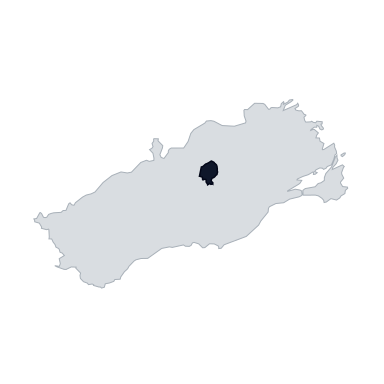 Aksaray on a map of Turkey (Natural Earth projection), rotated 157°
{"feature_id": "TUR-3021", "entity_name": "Aksaray", "entity_type": "Province", "adm_level": 1, "iso_a3": "TUR", "parent_name": "Turkey", "parent_adm1": "", "projection": "natural_earth1", "projection_center": [33.872, 38.466], "detail": "fine", "context": "in_parent", "style": "filled", "palette": "ink", "viewbox_px": 384, "rotation_deg": 157, "n_neighbors": 0, "source": "natural_earth", "source_scale": "10m", "svg_char_len": 4421}
<svg xmlns="http://www.w3.org/2000/svg" viewBox="0 0 384 384"><g transform="rotate(157 192 192)"><path d="M292.2,139.8L297.3,141.6L298.9,140.3L303.5,140.5L307.7,141.4L309.9,138.6L312.8,138.9L313.4,140.3L314.8,140.9L319.2,144.5L318.7,145.0L319.8,146.3L323.5,147.2L323.9,149.0L326.9,151.8L328.5,156.0L327.7,159.0L326.2,160.9L328.7,167.3L328.0,168.1L332.5,170.2L338.2,169.9L340.0,170.8L345.6,175.9L347.1,177.8L343.2,175.4L341.2,177.5L340.3,182.5L334.3,183.4L335.4,186.6L337.0,188.1L336.6,191.2L337.1,192.4L338.8,194.4L338.6,197.2L339.4,200.1L339.5,203.6L342.0,204.7L341.0,206.3L338.4,213.4L338.6,213.9L340.5,214.1L344.8,217.4L344.1,218.5L344.7,223.0L348.4,226.0L347.9,227.5L348.1,229.0L345.4,228.3L340.2,232.4L339.6,232.3L338.9,230.9L338.6,226.8L337.3,225.8L335.6,225.5L332.7,227.4L330.1,227.3L327.5,226.9L320.4,224.4L317.9,225.3L315.2,224.3L310.1,229.3L308.5,229.7L307.7,227.2L305.8,225.9L303.5,227.7L294.6,230.1L290.5,230.5L285.5,229.7L281.3,229.9L270.1,235.5L259.2,238.4L249.5,238.2L244.1,234.8L240.0,233.9L227.6,239.2L221.5,239.0L219.4,236.9L214.8,236.0L213.8,238.0L212.8,243.0L214.5,247.6L211.9,247.9L210.2,248.9L209.8,252.3L207.4,253.7L206.6,255.8L206.1,255.9L202.2,254.1L203.3,252.4L200.8,246.1L202.0,244.1L207.0,238.9L206.9,235.9L204.7,233.8L198.3,237.6L197.8,239.0L196.3,240.2L193.9,240.6L182.5,235.7L175.9,240.0L170.2,246.4L165.9,248.7L153.3,250.4L151.0,251.7L146.7,250.3L144.2,248.6L138.3,241.4L127.3,236.0L115.7,234.7L114.6,236.1L114.2,241.6L112.3,246.9L111.3,247.4L108.7,246.1L99.7,249.2L92.1,245.8L90.8,244.3L89.2,238.2L88.0,237.8L86.8,238.6L85.5,238.6L80.1,235.9L77.1,235.8L75.3,238.4L72.4,239.4L72.3,238.7L73.5,237.0L68.8,237.3L66.4,238.6L63.1,237.8L63.3,237.1L66.0,236.3L72.2,235.4L76.2,231.3L61.5,231.5L60.0,232.4L59.9,230.3L60.7,229.3L64.6,228.6L64.4,226.8L62.0,225.0L59.5,224.0L58.4,219.6L57.1,218.5L57.3,217.9L59.7,217.1L60.3,213.9L60.0,211.9L55.3,210.2L54.2,210.4L53.1,208.7L51.1,207.4L49.4,208.4L44.7,205.8L45.6,203.9L46.8,204.0L47.0,202.5L46.2,200.0L46.3,198.7L47.3,198.4L48.5,198.6L49.7,200.1L49.7,202.9L51.0,204.6L51.9,202.9L54.1,203.9L58.0,203.0L58.7,202.3L55.9,202.3L54.9,201.7L52.6,197.0L55.0,195.6L56.8,193.4L53.6,191.9L54.3,188.7L51.6,185.1L55.4,180.5L55.3,179.9L54.1,179.6L42.4,181.5L42.3,179.5L43.2,177.7L43.2,173.3L43.8,170.9L46.0,170.2L48.7,166.7L53.1,162.5L57.5,162.6L59.3,161.5L62.0,161.4L62.7,163.0L65.0,164.2L69.1,164.0L71.1,162.9L69.2,160.9L71.6,160.2L73.4,160.7L72.4,162.9L72.9,163.2L78.2,162.5L83.8,163.0L89.9,162.8L90.7,162.1L86.4,159.8L89.2,157.9L90.7,157.5L103.6,155.7L103.7,155.2L95.8,154.2L91.8,151.6L90.7,150.2L91.6,146.7L92.5,145.9L95.3,145.7L104.9,147.3L111.8,146.3L119.3,148.6L126.5,148.2L128.0,147.1L129.8,143.8L140.0,138.4L143.6,135.5L159.4,129.9L183.0,130.9L187.1,128.8L189.5,129.5L188.9,130.9L189.0,132.2L191.8,135.5L196.1,137.5L201.9,135.8L204.0,136.5L206.1,141.7L209.8,144.8L211.5,145.0L213.7,143.2L215.8,143.0L219.3,144.7L220.5,146.6L231.8,148.7L234.2,150.3L241.9,151.9L258.7,148.2L264.9,150.7L270.1,151.5L272.3,151.1L279.1,148.2L281.2,146.5L285.4,145.0L290.7,141.7L292.2,139.8ZM74.5,130.7L74.0,133.0L74.9,135.5L77.2,139.1L79.6,140.9L91.0,145.7L89.3,150.2L86.4,150.9L76.6,148.7L72.6,150.5L69.7,150.1L65.7,150.9L64.5,153.6L61.6,156.7L53.7,160.6L46.3,168.2L44.2,169.2L45.2,166.6L45.2,164.3L48.4,161.6L52.8,159.6L54.1,157.9L42.9,158.2L41.9,155.9L43.0,155.4L46.8,151.3L47.2,149.6L46.9,145.5L51.4,143.1L51.8,142.2L51.2,138.1L47.0,135.8L47.2,134.6L50.2,133.6L51.9,130.8L56.3,130.2L58.3,128.8L62.1,128.1L66.7,131.6L72.3,130.3L74.5,130.7ZM40.4,167.9L36.7,168.5L35.6,167.9L36.8,166.7L39.7,165.8L40.6,167.1L40.4,167.9Z" fill="#d9dde1" stroke="#a8b0b8" stroke-width="1"/><path d="M167.9,196.9L168.5,196.6L169.8,195.3L169.9,194.1L169.2,192.4L169.8,191.1L170.0,191.4L170.7,191.5L171.0,191.5L171.7,191.7L171.9,192.6L172.6,193.1L173.4,192.6L173.7,192.5L174.4,192.7L174.8,192.6L174.6,193.4L175.1,195.2L174.9,196.2L174.3,197.2L174.5,198.2L175.3,198.7L176.1,198.9L176.8,198.8L177.2,198.9L177.3,199.8L176.8,200.8L176.8,201.8L177.1,202.1L177.8,202.6L178.3,203.2L179.0,203.6L173.6,211.4L172.3,211.2L171.1,211.5L169.8,212.0L168.5,212.4L167.2,212.3L164.7,212.5L162.7,212.9L162.0,212.9L161.4,212.2L160.3,210.9L160.0,210.1L159.9,209.3L159.7,209.0L159.5,208.9L158.9,207.3L159.0,205.6L159.3,205.0L159.4,204.2L159.8,203.1L160.3,202.2L160.6,200.6L160.9,200.0L161.9,198.9L162.2,198.3L163.6,198.0L165.0,197.2L166.4,196.8L167.9,196.9Z" fill="#0f172a" stroke="#020617" stroke-width="1.5"/></g></svg>